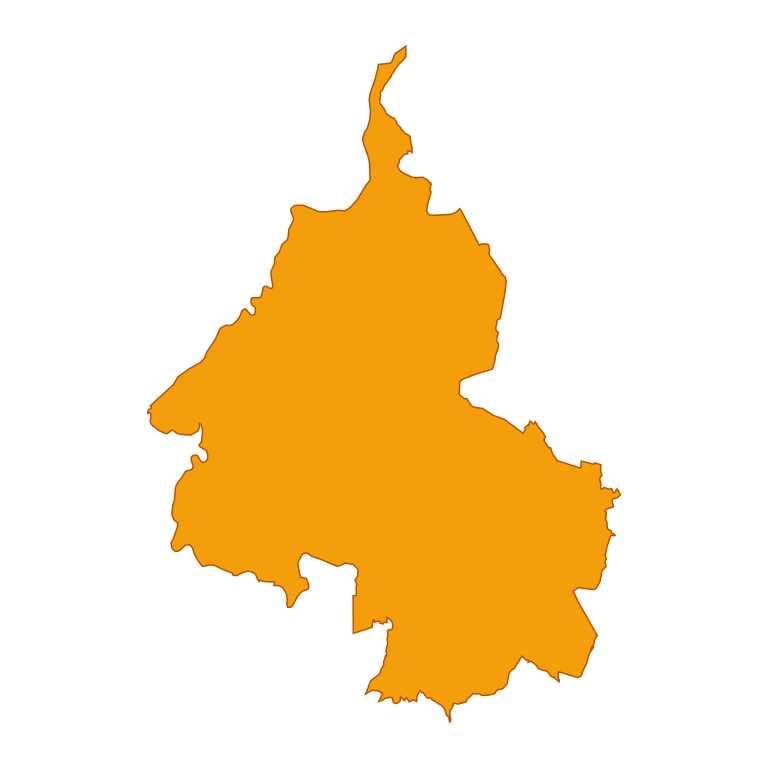 Ixmatlahuacan, Veracruz, Mexico (Equal Earth projection)
{"feature_id": "50627088B11055849709035", "entity_name": "Ixmatlahuacan", "entity_type": "district", "adm_level": 2, "iso_a3": "MEX", "parent_name": "Mexico", "parent_adm1": "Veracruz", "projection": "equal_earth", "projection_center": [-95.886, 18.498], "detail": "fine", "context": "isolated", "style": "filled", "palette": "amber", "viewbox_px": 768, "rotation_deg": 0, "n_neighbors": 0, "source": "geoboundaries", "source_scale": "gbopen_adm2", "svg_char_len": 6110}
<svg xmlns="http://www.w3.org/2000/svg" viewBox="0 0 768 768"><path d="M405.9,46.1L395.0,53.7L392.1,61.0L390.3,63.2L378.3,64.4L378.2,66.9L375.2,78.7L370.5,92.6L369.2,99.2L370.5,111.1L369.9,119.4L367.2,128.5L364.5,132.4L362.7,138.2L363.4,143.0L368.6,158.0L369.5,163.0L370.2,178.4L369.7,180.8L366.3,184.7L356.9,200.2L350.5,207.2L345.1,210.9L338.6,210.3L324.8,211.9L318.4,211.5L303.3,205.3L294.8,205.4L292.7,206.8L291.2,208.5L290.8,211.3L293.4,217.8L293.5,220.1L288.9,229.3L288.0,237.5L287.1,240.0L281.9,244.7L279.3,252.1L275.3,256.7L274.7,258.8L274.4,264.2L271.2,270.9L270.8,273.2L272.7,285.8L272.5,287.7L271.4,288.4L269.8,288.3L266.8,286.4L264.2,286.4L263.1,287.8L261.8,295.0L260.1,297.6L252.1,297.8L251.1,299.0L251.0,302.3L252.2,305.3L254.9,307.1L255.4,308.5L254.8,314.3L251.8,315.4L249.1,313.1L245.8,309.0L244.8,308.8L242.1,310.6L239.8,316.5L236.7,320.8L232.8,324.6L230.0,325.4L226.2,325.3L221.2,327.6L219.8,329.2L215.4,339.1L206.9,351.9L204.1,358.7L200.0,362.8L189.2,368.8L178.0,376.8L173.5,384.5L150.3,405.8L151.3,407.5L150.9,408.4L148.3,410.0L147.6,412.8L148.0,413.6L149.0,412.6L150.8,413.4L151.0,416.5L150.1,420.6L150.8,423.5L152.9,426.0L159.7,431.0L165.4,433.4L166.8,433.7L172.1,430.1L173.6,430.7L176.5,433.1L180.8,434.4L190.5,435.1L197.7,431.2L199.5,427.6L199.4,423.5L201.1,424.5L202.5,429.6L202.4,434.1L201.5,442.0L198.9,445.1L200.2,446.9L206.5,450.8L207.5,453.9L207.8,456.7L207.4,459.5L205.4,461.9L202.3,462.5L200.6,461.1L197.7,455.7L195.9,455.0L193.4,455.3L191.8,456.5L191.1,458.2L191.6,462.0L193.3,465.6L192.4,468.8L190.6,470.1L187.5,470.5L185.3,471.8L181.6,477.8L178.0,482.2L175.6,486.8L174.4,500.2L172.9,504.7L171.9,512.7L172.2,515.5L173.6,519.5L177.7,523.1L177.9,525.5L173.7,537.7L171.0,543.0L172.0,548.0L173.8,550.5L175.7,551.4L178.0,551.1L180.2,550.0L185.5,545.0L189.4,544.8L192.3,547.5L194.7,554.7L198.0,560.7L202.4,566.5L210.9,564.8L214.4,565.3L222.6,569.4L232.2,573.1L233.2,575.2L236.3,575.7L243.7,572.2L248.2,571.1L250.9,571.7L255.5,574.1L257.4,579.1L259.1,581.6L259.6,580.3L264.7,581.6L274.5,581.9L274.0,585.5L278.6,585.6L282.4,587.4L285.5,591.8L286.8,595.2L287.4,601.4L286.5,602.9L287.8,607.3L290.5,607.3L292.5,605.8L297.2,597.0L299.4,593.8L302.4,591.1L308.3,589.1L308.8,586.0L306.5,578.6L301.0,577.4L299.9,574.9L298.1,566.0L297.7,562.9L302.5,553.9L305.3,553.0L307.7,553.4L311.4,556.1L320.7,559.3L337.1,566.3L341.0,565.3L345.2,563.1L353.1,564.4L358.2,569.6L357.5,576.5L355.0,580.2L357.1,585.1L356.4,585.3L356.2,586.5L356.3,595.5L353.1,595.7L353.3,633.4L372.0,627.3L373.0,620.3L374.4,620.2L374.5,622.1L379.4,621.0L379.7,622.8L382.9,624.1L384.0,622.4L386.9,622.7L386.9,617.4L390.6,620.0L392.2,622.2L392.8,625.4L392.6,628.0L391.3,629.8L388.2,629.8L387.5,631.1L387.8,634.1L387.1,639.5L387.7,642.9L385.9,651.8L386.4,652.1L386.7,655.1L386.5,655.8L385.5,655.5L384.7,659.5L383.7,661.3L383.7,664.8L381.2,669.1L380.1,672.9L379.1,674.3L370.7,680.8L365.7,693.9L372.0,690.3L378.8,691.0L382.6,693.7L378.7,701.4L383.4,699.9L384.4,698.6L390.0,697.2L392.1,697.7L393.5,702.7L396.7,703.5L400.1,701.1L400.5,696.7L404.3,700.7L406.3,697.6L409.5,702.0L412.8,699.8L416.6,701.4L416.9,697.0L417.6,694.6L420.2,690.4L421.3,692.3L423.5,693.2L426.3,697.2L428.3,698.2L429.2,697.7L431.0,698.2L432.2,700.0L435.0,701.2L439.2,704.3L440.5,704.4L443.7,707.5L445.5,711.4L446.3,714.7L449.3,717.8L449.0,718.7L449.6,721.9L450.4,721.5L450.8,719.4L449.9,715.8L449.8,710.7L451.5,709.1L452.5,706.0L453.4,705.7L453.4,703.1L458.6,704.2L461.0,702.8L462.2,703.3L463.5,702.4L464.8,702.5L466.0,701.7L467.9,698.2L471.3,695.6L472.8,693.7L479.2,693.9L482.4,695.5L489.6,695.0L494.8,693.5L496.0,691.3L499.0,689.3L502.7,688.8L507.2,683.5L509.2,672.7L512.9,668.9L513.9,669.0L521.9,656.1L526.1,660.0L528.1,660.4L528.0,662.4L531.2,661.1L536.5,665.6L537.9,668.2L540.9,669.7L546.0,670.9L548.2,672.4L550.8,676.2L554.5,677.9L559.0,681.8L559.5,680.1L558.8,679.3L558.1,675.7L558.2,672.4L558.8,671.8L577.9,677.6L581.3,675.7L583.2,670.1L586.4,663.9L589.1,654.0L593.7,646.9L593.1,646.6L590.8,650.4L590.6,650.1L591.7,647.4L593.7,644.5L594.9,638.8L597.4,635.8L579.4,603.9L572.9,591.1L579.1,587.4L582.9,588.4L594.4,589.6L596.7,587.6L600.2,580.9L602.1,570.3L606.2,566.3L604.9,561.7L606.3,558.9L605.2,555.4L606.9,547.3L609.5,539.1L610.7,535.7L615.1,535.5L613.7,533.5L612.0,533.7L610.8,530.6L608.5,529.7L607.3,528.2L606.9,521.9L605.3,518.5L606.0,517.1L606.3,512.6L605.1,511.2L606.7,509.0L613.7,506.7L612.7,503.7L612.2,500.1L613.0,498.5L615.1,498.5L617.9,497.3L620.4,494.8L617.4,489.1L616.9,489.0L614.8,492.4L613.3,492.8L611.7,488.7L611.1,488.4L608.8,489.2L604.1,487.4L602.2,489.1L601.2,489.1L600.7,487.8L600.9,483.9L599.7,479.4L600.5,476.6L602.1,475.4L600.5,470.4L601.0,464.7L594.5,462.9L594.3,464.0L593.6,464.2L581.3,461.1L580.7,468.9L580.6,468.1L557.3,460.7L552.5,453.6L550.5,447.6L548.8,448.0L543.8,440.3L545.5,436.8L543.0,432.6L537.5,425.9L537.3,424.6L535.2,421.8L534.1,424.2L530.0,421.1L528.5,425.2L528.1,424.8L524.7,427.7L525.2,429.6L523.1,433.3L504.8,419.7L493.4,415.3L482.5,408.5L473.1,407.0L470.2,404.1L466.8,398.5L464.4,398.7L459.2,394.4L459.8,381.5L462.5,379.3L474.8,374.5L492.5,369.0L495.0,360.3L495.2,356.6L498.4,347.3L498.4,344.0L496.4,340.0L498.3,332.4L496.3,330.6L495.9,329.4L495.7,327.4L496.8,323.7L496.6,321.3L497.4,319.7L500.0,318.6L500.3,317.8L505.3,290.7L506.1,281.6L505.4,277.2L501.2,273.2L500.6,271.0L489.7,255.5L489.0,253.5L489.6,249.6L488.7,245.3L488.1,244.4L485.8,243.9L481.6,244.0L479.2,245.1L461.1,210.4L459.7,208.6L456.3,212.1L451.5,214.3L433.6,215.3L429.9,214.9L428.1,213.7L427.2,212.9L426.8,209.3L427.8,203.5L431.1,191.9L429.9,190.1L431.1,184.1L430.5,182.7L429.0,182.6L428.4,180.6L422.7,177.2L415.0,177.8L411.4,176.9L402.9,172.8L399.9,170.4L397.7,167.0L397.4,165.4L399.6,162.0L399.3,159.3L400.2,159.1L404.3,154.4L407.7,153.9L408.0,151.1L410.4,151.3L412.0,152.6L412.1,147.5L411.1,145.0L410.2,137.2L409.7,136.0L404.8,133.0L401.4,129.4L400.5,127.4L397.1,124.3L396.3,121.3L393.8,118.0L391.6,117.5L385.9,113.4L384.8,109.8L379.5,102.5L380.6,95.4L380.3,92.8L380.9,91.6L382.1,90.4L384.7,85.2L391.1,76.5L391.7,74.5L393.9,71.8L395.2,68.9L398.6,64.5L405.2,57.8L405.8,56.4L405.9,46.1Z" fill="#f59e0b" stroke="#b45309" stroke-width="1.5"/></svg>